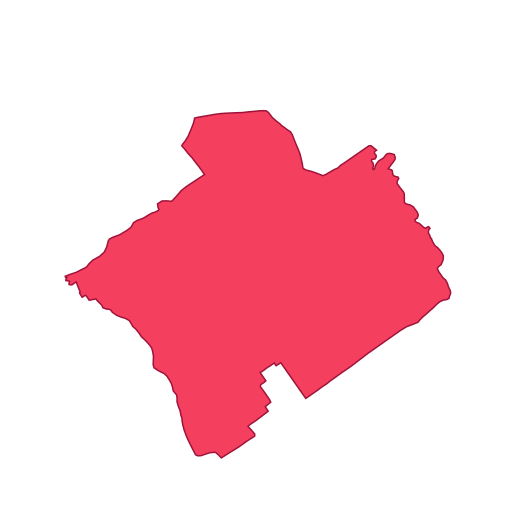 Prey Kabbas, Takêv, Cambodia, rotated 326°
{"feature_id": "14789045B29637734688493", "entity_name": "Prey Kabbas", "entity_type": "district", "adm_level": 2, "iso_a3": "KHM", "parent_name": "Cambodia", "parent_adm1": "Takêv", "projection": "orthographic", "projection_center": [104.944, 11.157], "detail": "fine", "context": "isolated", "style": "filled", "palette": "rose", "viewbox_px": 512, "rotation_deg": 326, "n_neighbors": 0, "source": "geoboundaries", "source_scale": "gbopen_adm2", "svg_char_len": 4579}
<svg xmlns="http://www.w3.org/2000/svg" viewBox="0 0 512 512"><g transform="rotate(326 256 256)"><path d="M413.0,228.8L411.3,227.8L387.0,228.1L380.9,228.2L376.6,228.1L373.4,228.8L372.0,228.6L369.8,228.2L367.1,227.9L366.0,227.8L364.7,227.8L361.7,227.5L360.2,227.6L357.4,227.0L356.4,226.8L355.2,225.0L352.4,221.0L348.9,216.4L345.4,212.5L344.1,209.7L344.7,208.0L346.0,205.4L347.9,200.4L349.5,196.2L350.6,191.4L351.6,186.1L352.7,180.9L353.9,175.8L354.1,172.4L352.5,168.7L351.1,164.4L350.1,162.2L350.0,160.9L349.4,158.7L348.4,155.7L347.0,150.5L346.6,144.1L345.7,141.4L343.6,139.8L339.6,137.3L336.0,135.4L332.6,133.5L328.7,131.4L324.8,129.4L320.4,126.6L315.3,123.5L310.9,120.8L306.4,118.2L300.8,115.4L295.6,113.1L289.4,110.3L284.9,108.3L282.2,107.3L281.2,108.4L277.9,111.3L273.1,114.6L266.6,118.8L261.2,121.2L257.6,122.3L256.1,123.1L256.6,127.0L257.0,132.6L257.6,137.0L258.0,139.2L258.0,141.2L258.3,145.6L258.6,149.8L258.8,154.5L258.8,158.7L258.8,159.7L241.1,159.5L236.8,159.5L230.4,160.0L224.5,161.7L217.8,163.3L216.4,163.3L212.7,160.3L208.8,157.8L203.5,157.7L201.8,161.3L201.7,163.0L200.6,163.6L197.0,163.2L194.1,162.3L190.6,161.9L183.6,161.6L177.1,160.0L173.1,159.9L168.5,162.3L163.0,162.6L158.7,162.3L157.0,162.3L154.2,162.0L147.8,160.4L143.9,160.0L142.1,160.8L137.3,165.0L132.4,167.9L126.3,168.8L118.3,168.2L113.2,169.1L109.6,170.3L107.8,170.3L103.9,169.7L97.7,169.0L91.4,167.2L88.6,166.6L86.5,166.1L86.2,167.2L87.0,168.2L85.1,169.3L84.6,170.1L85.7,170.9L87.2,172.7L85.7,174.2L85.1,175.0L85.9,176.1L87.4,177.0L92.4,176.9L90.4,185.9L90.2,187.3L89.0,187.9L88.8,193.0L92.4,193.1L92.9,193.9L93.0,196.0L93.0,199.4L99.3,202.1L99.5,204.9L100.2,208.2L100.7,210.6L100.1,213.3L102.4,216.4L104.4,218.0L105.3,219.4L105.4,222.3L107.1,226.6L107.6,227.7L110.1,231.4L112.6,234.3L114.8,238.5L114.7,243.0L114.4,245.2L115.5,249.5L115.9,254.4L115.9,258.8L116.3,260.7L117.1,264.1L118.0,270.3L118.0,274.0L116.9,277.5L114.9,281.8L112.5,285.1L109.9,288.7L109.0,291.7L110.6,295.7L112.2,298.8L114.1,302.0L115.0,306.0L114.8,311.0L114.6,314.2L113.2,318.7L112.0,321.4L112.2,324.1L112.5,326.8L111.2,329.5L109.0,332.7L107.6,337.1L106.5,341.9L104.6,346.2L104.0,348.9L102.5,351.3L101.0,354.8L99.1,360.1L97.4,367.3L96.6,372.1L95.6,379.6L94.8,387.1L96.1,389.2L98.8,390.8L107.3,393.1L112.5,395.9L113.6,399.6L114.3,404.0L123.2,404.2L134.4,404.7L145.2,404.4L154.2,404.6L155.4,402.9L154.8,397.4L154.1,392.7L157.1,392.4L164.3,392.4L179.3,391.5L179.4,386.1L183.5,385.7L186.5,385.4L186.9,382.5L186.9,376.1L186.6,366.5L188.0,365.3L192.3,365.3L194.4,365.0L194.3,359.2L194.3,355.0L198.4,355.1L203.0,354.8L206.2,355.0L211.3,354.9L211.3,358.2L216.9,358.4L217.1,372.2L217.6,401.9L218.6,401.9L225.5,401.8L232.5,401.7L237.2,401.4L243.7,401.5L247.1,401.1L251.7,401.0L261.3,400.7L272.8,400.6L284.5,399.9L294.3,399.3L304.5,399.1L314.8,398.9L324.6,398.7L334.2,398.5L341.1,398.8L347.0,400.2L353.2,401.5L357.0,400.4L359.6,399.9L361.0,399.7L364.7,399.3L370.4,398.5L373.2,398.2L375.3,397.8L378.8,397.1L382.8,396.7L386.5,397.3L389.9,398.8L392.2,399.1L393.2,398.2L394.5,397.1L395.9,396.3L396.9,395.2L397.7,393.3L398.0,391.5L398.2,389.6L398.9,387.3L399.4,385.5L399.6,383.8L399.7,381.5L398.9,379.0L398.8,376.6L398.8,374.1L398.7,371.5L399.0,370.1L399.2,368.2L399.9,367.3L401.7,366.9L404.5,366.7L407.5,364.9L408.8,363.9L409.7,363.0L410.7,361.7L411.4,360.5L411.8,358.4L411.8,356.8L411.8,354.9L411.5,352.4L411.2,350.5L410.3,348.1L410.2,346.2L410.3,343.8L410.8,340.9L411.3,339.5L410.8,338.6L411.3,337.1L411.6,336.1L411.7,333.8L412.6,332.1L414.3,330.6L415.6,330.6L415.7,328.7L415.1,327.9L412.4,327.8L411.3,326.8L410.6,324.6L410.2,322.5L409.5,320.1L407.8,317.8L407.5,316.0L408.1,314.7L410.9,314.8L413.2,313.1L413.9,311.4L414.2,309.6L414.0,305.3L414.0,303.6L413.4,302.1L412.3,299.8L410.6,297.9L409.3,296.3L409.1,294.3L411.7,290.5L412.6,289.0L413.6,287.5L413.9,286.3L414.1,285.1L413.9,283.1L413.7,280.7L413.6,279.2L413.6,277.0L413.5,274.9L414.2,273.6L415.7,272.5L417.7,271.6L417.9,270.0L416.3,268.3L415.0,266.4L415.0,265.2L415.5,263.9L416.0,262.8L416.7,261.4L416.4,260.2L415.2,258.7L414.4,257.7L415.8,257.1L417.8,256.4L419.3,255.8L421.4,255.2L423.5,254.4L425.4,253.6L426.7,251.8L426.9,250.6L427.4,249.3L425.8,247.3L424.4,245.8L422.1,244.6L420.1,244.8L418.0,245.6L416.1,246.0L410.7,245.8L407.8,246.8L405.7,247.8L404.2,249.2L403.0,249.9L402.0,250.2L401.5,249.3L402.2,248.3L403.6,247.2L404.2,246.3L404.7,245.2L405.0,243.9L404.7,242.1L406.1,240.6L407.4,241.4L409.0,242.1L410.2,241.6L411.4,240.7L411.9,239.5L411.6,237.2L412.7,235.7L415.1,235.7L414.8,234.6L414.2,232.7L413.6,230.6L413.0,228.8Z" fill="#f43f5e" stroke="#9f1239" stroke-width="1.5"/></g></svg>